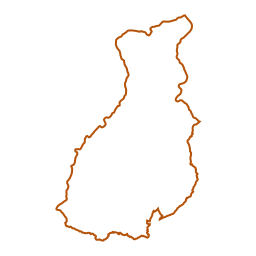 El Peñol, Nariño, Colombia
{"feature_id": "7082276B8054790353271", "entity_name": "El Peñol", "entity_type": "district", "adm_level": 2, "iso_a3": "COL", "parent_name": "Colombia", "parent_adm1": "Nariño", "projection": "albers", "projection_center": [-77.43, 1.524], "detail": "fine", "context": "isolated", "style": "outline", "palette": "amber", "viewbox_px": 256, "rotation_deg": 0, "n_neighbors": 0, "source": "geoboundaries", "source_scale": "gbopen_adm2", "svg_char_len": 5866}
<svg xmlns="http://www.w3.org/2000/svg" viewBox="0 0 256 256"><path d="M199.6,121.6L198.9,121.4L197.0,119.4L195.7,118.3L193.6,117.5L193.1,117.0L192.5,115.1L191.2,112.7L190.7,111.2L190.3,110.6L189.3,109.9L189.0,109.3L188.7,107.9L188.0,106.1L186.3,103.7L184.7,102.9L182.3,100.7L181.1,100.2L180.4,100.2L178.1,101.4L177.5,101.4L177.0,101.3L176.2,100.8L175.7,99.8L175.9,98.7L176.7,97.3L178.1,95.7L180.3,94.1L181.2,91.8L181.4,90.2L181.3,89.4L179.5,87.7L178.8,86.7L178.7,86.0L179.1,84.8L180.1,84.1L183.9,83.0L184.5,82.6L186.2,81.0L187.1,78.4L187.3,77.1L187.1,75.7L185.4,72.0L185.1,71.0L184.2,69.5L184.1,68.3L182.6,65.0L181.2,63.5L180.4,63.2L179.8,62.6L179.2,60.4L177.0,58.1L176.6,57.1L176.8,56.0L177.5,54.1L177.5,53.2L177.0,51.9L176.8,50.0L177.4,47.2L177.3,45.5L177.6,44.5L177.9,44.1L179.1,43.4L180.1,42.4L180.5,41.6L180.4,40.8L181.0,39.3L182.3,38.3L183.3,37.9L189.7,31.7L191.1,29.7L191.8,28.0L192.0,25.7L191.5,23.6L189.8,21.3L187.1,18.2L185.2,15.7L185.0,15.4L184.0,15.5L180.8,17.4L178.3,17.6L177.6,18.0L176.6,19.3L176.0,19.7L170.2,21.4L168.0,21.7L163.1,21.5L162.6,21.8L159.1,25.6L156.2,26.1L154.3,26.8L152.9,26.8L152.1,27.1L150.8,27.9L150.4,28.7L150.5,29.7L151.0,30.0L151.7,31.6L151.6,31.9L150.9,32.5L150.8,33.0L150.1,34.4L149.0,35.3L148.7,35.4L148.4,35.1L147.5,35.0L146.4,33.9L145.7,32.8L144.8,32.1L142.7,31.7L141.9,31.2L141.3,31.2L140.7,31.6L139.8,31.4L139.4,31.7L135.8,30.9L131.6,30.4L128.6,30.5L127.2,31.1L126.4,32.1L123.9,33.8L122.8,34.3L121.8,35.9L120.8,36.8L119.2,37.3L117.7,38.3L116.1,40.0L115.9,44.7L116.1,45.4L117.1,47.9L119.6,51.1L120.3,53.7L120.4,55.3L121.1,57.0L121.4,58.6L121.8,59.1L123.5,60.2L124.0,60.7L124.5,64.2L126.8,68.5L127.5,71.9L128.0,72.6L128.6,74.7L128.4,75.7L126.5,78.6L126.0,81.1L125.3,82.4L125.0,83.4L125.1,86.5L125.6,87.4L126.2,89.8L126.0,93.3L125.8,94.3L125.3,95.2L124.3,96.3L124.2,97.1L123.5,98.8L122.1,99.7L120.2,101.4L119.9,101.9L119.5,102.9L119.7,104.0L119.7,105.4L119.3,105.8L118.0,105.9L117.6,106.2L115.3,109.6L114.2,112.3L113.6,112.8L112.8,113.0L112.3,113.3L112.0,113.7L111.5,115.1L110.4,116.5L109.5,117.3L108.4,117.8L106.9,117.4L105.9,117.5L105.0,118.2L104.3,118.9L104.0,119.6L104.1,120.3L105.3,122.7L105.5,123.6L105.6,124.6L105.1,125.4L103.8,126.6L102.5,127.3L101.3,127.2L100.3,126.2L99.6,126.1L99.3,126.3L94.1,131.8L93.4,133.0L91.7,134.6L90.8,136.1L89.7,137.2L88.9,137.3L87.5,136.1L87.1,136.0L86.4,136.3L84.9,138.8L84.7,142.5L83.2,144.0L80.8,148.6L79.9,149.4L78.4,149.1L77.8,149.1L77.4,149.3L76.1,149.2L75.6,149.3L75.4,149.7L75.2,150.3L75.4,151.2L75.7,151.6L76.9,152.2L77.3,152.9L77.4,154.1L75.3,158.1L75.3,159.7L74.9,160.5L74.9,162.1L74.3,163.7L74.1,164.2L73.2,164.9L71.3,165.9L71.4,166.8L71.9,167.5L72.2,169.5L72.0,171.0L72.0,172.2L71.6,173.9L70.0,177.8L68.8,179.6L67.5,181.2L67.1,182.1L67.1,182.9L68.2,185.3L68.4,186.6L68.0,188.3L66.4,190.8L66.6,194.8L66.3,195.9L66.2,196.7L66.4,197.6L66.8,198.3L66.8,199.3L66.1,200.3L64.5,201.2L61.6,203.5L59.9,204.4L58.2,205.7L56.8,207.6L56.4,209.0L56.5,209.4L57.6,209.9L59.9,210.2L60.5,210.6L61.7,212.3L63.2,213.7L65.0,216.6L65.9,217.5L66.7,219.3L66.7,221.4L66.4,221.8L65.2,223.0L65.7,223.6L65.6,224.9L66.6,226.3L67.5,226.2L69.6,227.1L70.4,226.7L70.8,226.7L72.4,228.2L73.1,228.4L74.2,228.4L75.3,229.3L78.6,230.6L79.7,231.5L80.6,231.3L81.1,231.4L81.7,231.8L82.1,232.5L82.8,232.5L84.3,233.1L85.2,233.0L86.5,233.3L88.2,232.8L89.0,232.8L90.1,233.1L90.6,234.1L91.8,233.7L92.6,233.7L93.5,234.1L94.0,235.0L94.8,235.2L95.8,236.0L96.0,236.7L95.4,237.5L95.4,238.3L96.3,239.6L97.0,239.8L98.8,239.7L99.5,239.3L101.0,240.3L101.7,240.2L102.8,240.6L103.5,240.5L104.1,239.5L105.5,239.3L106.7,238.1L107.5,237.7L107.8,236.6L108.7,235.8L108.7,235.4L108.2,234.6L108.4,234.2L109.0,233.9L110.2,233.0L110.8,233.0L111.7,232.6L112.5,232.6L112.7,232.0L112.9,231.9L113.4,232.0L113.8,232.7L114.8,232.2L116.8,232.6L118.5,233.5L118.5,234.1L119.3,234.1L119.3,232.9L120.1,232.7L120.7,233.3L121.6,233.7L122.5,234.7L124.3,235.2L125.7,234.9L127.1,233.9L127.5,234.5L127.5,235.3L127.8,235.7L128.5,236.1L129.1,236.1L129.9,237.0L130.6,236.7L131.3,236.8L131.9,237.5L133.0,238.1L133.5,239.0L134.0,239.2L134.8,239.3L135.8,238.7L137.2,238.5L138.2,237.5L139.2,237.3L141.5,235.7L142.7,236.2L143.4,235.9L145.0,236.7L146.0,236.8L147.1,237.7L147.9,237.3L148.7,236.6L148.8,235.5L148.6,235.3L148.8,234.8L148.0,234.1L147.6,233.3L147.2,233.3L147.0,232.8L147.3,232.0L147.9,231.4L147.7,230.4L147.2,230.3L147.2,229.9L147.7,229.3L147.3,227.6L148.0,226.5L149.6,225.3L149.9,224.2L148.3,224.0L147.1,223.4L147.0,222.7L147.4,221.7L147.1,221.3L147.1,220.6L149.8,221.4L150.3,219.1L152.2,215.5L152.4,213.8L153.3,212.0L153.2,211.8L153.6,211.0L153.8,210.8L154.8,211.6L157.0,209.9L158.0,208.6L158.5,210.5L159.5,212.0L160.0,213.4L160.7,214.3L162.3,215.7L162.2,216.5L160.8,217.6L159.9,218.8L159.8,219.4L161.4,218.6L163.0,217.7L165.6,216.8L166.7,216.2L169.4,215.1L170.5,214.9L171.5,214.2L172.9,213.9L174.2,212.9L175.0,211.4L176.6,209.8L177.5,208.1L178.6,207.4L179.7,206.2L180.6,205.9L181.3,205.3L181.7,205.1L182.2,204.7L183.2,204.2L183.9,202.9L185.6,201.4L185.8,201.0L185.8,200.3L186.3,199.7L186.1,199.2L186.7,197.9L187.4,198.0L188.8,197.0L190.5,196.4L190.9,195.7L190.9,195.1L191.3,193.7L192.2,192.6L193.0,192.1L193.2,191.7L192.4,190.8L192.3,190.0L193.1,189.0L193.5,187.2L194.1,186.5L195.5,184.0L196.0,182.0L197.7,179.6L197.7,178.9L197.0,177.8L197.1,176.7L196.6,176.0L196.7,175.2L197.4,174.2L197.5,173.8L196.6,173.4L195.9,171.9L196.0,169.4L195.9,169.2L195.6,169.0L195.6,168.0L194.2,166.7L192.6,165.7L191.9,164.3L190.9,164.7L190.5,164.4L190.5,163.1L191.0,161.7L190.4,158.8L190.5,156.7L191.1,155.1L191.0,152.6L190.0,151.3L190.1,150.2L189.8,147.8L189.0,144.5L187.6,142.2L187.5,141.1L187.6,140.6L189.3,138.8L190.3,136.6L191.1,136.3L191.3,136.5L191.8,136.1L191.7,134.9L192.8,133.8L192.7,133.4L192.1,132.8L192.8,130.9L192.6,128.2L192.7,127.3L193.5,125.5L194.3,124.8L196.2,124.4L196.8,124.0L199.0,122.2L199.6,121.6Z" fill="none" stroke="#b45309" stroke-width="2"/></svg>